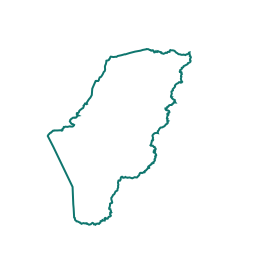 Chikwawa, Chikwawa, Malawi (Robinson projection), rotated 242°
{"feature_id": "42251766B28594103932184", "entity_name": "Chikwawa", "entity_type": "district", "adm_level": 2, "iso_a3": "MWI", "parent_name": "Malawi", "parent_adm1": "Chikwawa", "projection": "robinson", "projection_center": [34.783, -16.215], "detail": "fine", "context": "isolated", "style": "outline", "palette": "teal", "viewbox_px": 256, "rotation_deg": 242, "n_neighbors": 0, "source": "geoboundaries", "source_scale": "gbopen_adm2", "svg_char_len": 5806}
<svg xmlns="http://www.w3.org/2000/svg" viewBox="0 0 256 256"><g transform="rotate(242 128 128)"><path d="M146.1,53.2L102.0,51.4L86.4,43.9L82.4,42.2L74.2,38.4L73.5,38.8L71.9,38.2L71.3,38.2L70.0,38.9L69.7,38.8L69.1,39.7L67.9,40.5L67.2,41.2L66.6,41.2L66.1,41.7L65.3,41.9L65.0,43.9L64.1,45.0L63.3,46.9L63.0,47.0L62.7,46.7L62.0,47.5L60.9,48.2L60.5,49.9L60.9,51.6L60.9,52.1L60.1,52.7L59.6,52.9L59.0,52.7L58.7,53.3L57.9,53.7L58.0,54.4L58.4,55.0L58.0,55.6L57.8,56.6L57.0,57.2L56.9,57.5L57.5,58.4L57.4,59.1L58.6,60.1L58.1,61.2L58.8,62.3L58.6,62.5L58.1,62.5L57.2,64.0L58.0,64.7L58.0,65.1L58.2,65.3L58.7,65.4L59.1,65.1L59.3,65.5L59.2,65.9L58.0,66.6L57.5,67.4L58.6,69.2L58.3,70.8L58.5,71.6L58.8,71.8L59.8,71.6L60.5,71.7L61.1,72.7L61.2,73.3L61.8,72.9L62.2,73.8L62.5,74.0L63.7,74.0L64.6,74.3L65.0,73.7L65.5,73.4L65.8,73.7L66.3,73.9L66.8,74.7L68.3,75.9L69.6,76.6L69.7,77.0L69.4,78.4L69.4,78.8L69.8,79.2L72.8,79.8L74.1,80.4L74.9,82.1L75.8,83.2L76.0,84.8L77.8,87.2L77.8,89.2L78.0,89.5L79.1,90.1L80.2,91.5L81.6,92.0L82.4,92.9L84.3,93.4L85.9,94.7L86.1,95.0L85.8,95.8L85.3,96.1L85.3,96.4L86.2,97.5L87.3,98.1L87.8,98.8L87.9,99.3L87.7,100.0L87.4,100.2L86.6,100.2L86.3,100.4L85.9,101.6L86.0,102.7L85.4,102.9L84.8,103.8L84.4,104.0L83.6,106.2L81.6,108.1L81.4,110.9L80.5,112.0L80.1,112.8L80.2,113.2L80.5,113.6L81.1,115.7L82.2,116.8L82.3,117.3L82.6,117.6L82.4,118.5L81.9,118.9L81.6,119.3L81.5,120.6L81.7,121.2L81.2,121.5L81.1,121.9L82.2,122.9L82.1,124.2L82.5,124.7L82.7,125.7L83.2,126.5L82.8,127.7L82.8,128.0L83.3,128.2L84.3,127.7L84.5,128.0L85.0,131.8L85.6,132.1L85.7,132.4L85.1,133.9L85.9,134.2L85.9,134.9L86.7,136.4L87.1,136.8L87.7,136.6L88.0,136.8L88.4,137.3L88.9,138.4L90.2,138.6L90.4,138.9L90.3,139.7L90.8,140.2L92.0,140.3L92.7,140.1L93.9,140.3L94.3,139.3L94.8,139.3L95.2,139.8L95.0,141.2L95.4,141.4L96.1,141.0L96.2,142.4L96.6,142.7L97.6,142.6L98.4,142.3L98.8,142.5L99.1,141.9L99.6,141.9L100.2,141.6L100.7,141.6L101.6,139.9L102.2,139.7L103.1,141.2L103.7,141.4L104.2,142.1L105.4,142.9L105.5,143.0L105.3,143.9L105.7,144.6L106.4,144.4L107.5,145.5L109.6,145.9L110.1,146.4L110.7,147.9L110.9,149.1L110.2,151.2L109.5,152.0L110.2,152.1L110.6,152.6L111.2,152.9L111.4,153.8L112.5,155.2L112.7,156.0L113.1,156.7L113.1,157.0L112.5,158.4L112.4,159.1L112.6,159.8L112.4,160.6L112.8,162.1L113.4,162.9L113.3,163.9L113.5,164.8L113.8,165.1L113.9,165.6L114.9,165.6L115.2,166.0L115.3,166.8L116.1,166.2L116.8,166.4L117.4,167.3L117.7,167.2L118.1,166.9L118.4,166.9L118.7,167.3L119.2,167.6L119.7,168.2L120.4,168.7L120.6,169.8L120.8,169.9L121.7,169.2L121.9,169.2L122.3,170.2L122.2,171.5L122.5,172.0L123.4,172.2L123.8,172.2L124.8,171.5L124.9,171.1L125.5,170.6L126.1,170.5L126.3,170.0L127.5,170.1L128.1,169.5L127.4,171.1L127.4,171.9L128.2,172.6L127.9,173.3L128.1,174.1L128.5,174.3L128.7,175.0L128.6,175.8L127.8,177.4L128.4,178.2L128.3,179.3L128.6,179.8L128.8,180.8L128.7,181.2L128.3,181.8L129.0,181.7L129.2,181.8L129.5,181.3L129.8,182.1L130.2,182.0L130.9,182.4L131.7,181.6L133.3,180.9L134.5,180.7L134.7,181.2L135.1,180.7L135.4,180.6L136.5,181.4L136.9,182.0L137.9,182.9L138.7,183.0L139.8,183.5L139.9,183.9L140.1,185.3L141.2,185.6L142.2,188.5L142.5,189.0L143.5,189.4L144.0,190.7L144.2,191.9L144.1,193.2L144.5,194.6L144.0,195.3L143.4,195.6L143.0,196.7L143.3,197.5L143.6,197.5L144.1,196.7L144.7,197.3L146.7,197.8L148.2,199.2L148.7,199.0L148.9,199.1L149.8,199.8L150.3,200.9L150.8,200.9L151.3,200.7L152.0,201.4L152.3,201.3L153.1,200.1L153.7,200.3L153.9,201.0L154.6,201.2L154.7,202.4L155.1,203.5L155.9,203.8L155.7,205.3L156.4,206.0L156.5,206.7L156.4,207.4L156.4,210.5L156.5,210.8L157.1,211.3L156.9,213.2L157.2,214.2L157.9,214.8L158.8,214.6L159.2,215.0L159.7,215.1L160.9,216.7L161.9,216.8L162.2,216.4L162.5,216.3L163.2,216.8L165.2,217.4L165.8,217.8L165.9,217.1L165.2,216.2L165.2,215.1L165.6,214.2L165.4,213.0L166.1,212.3L166.3,211.9L166.7,211.6L166.8,211.0L167.6,209.4L168.5,208.7L169.5,207.2L170.9,206.7L171.8,206.0L174.3,205.3L175.4,204.2L176.6,202.1L176.9,202.0L176.9,201.6L176.3,201.0L176.2,200.5L175.8,200.3L176.4,199.3L176.3,199.0L176.5,198.6L176.0,197.6L176.8,196.6L176.7,196.4L176.8,194.3L178.4,192.6L179.0,193.0L179.3,192.9L181.3,190.7L181.9,190.5L181.9,190.0L181.4,189.6L181.4,189.3L182.3,188.6L182.6,188.6L182.3,187.7L183.1,187.2L182.8,186.7L183.9,186.6L184.3,186.4L184.3,186.5L184.9,186.5L185.4,185.6L185.3,184.9L185.7,184.5L186.4,184.3L186.7,183.8L188.0,183.0L189.0,181.4L188.9,181.2L190.0,177.7L190.4,175.4L192.1,170.2L193.4,164.8L194.3,160.1L194.6,159.8L195.4,156.2L196.3,153.1L196.4,152.7L196.2,151.3L196.8,150.3L197.5,148.4L199.1,146.3L199.0,145.9L197.6,144.1L197.7,143.9L197.0,142.9L197.2,141.6L197.6,140.6L197.5,140.4L196.4,139.8L194.7,138.3L194.0,137.3L193.0,136.4L190.3,135.2L189.2,134.2L188.8,132.8L187.3,130.9L186.0,128.6L185.8,127.9L186.0,126.8L185.8,126.6L184.6,125.2L183.9,124.6L183.5,123.8L184.3,122.1L184.6,122.0L184.7,121.5L179.5,114.9L174.1,111.5L172.4,108.9L172.1,107.9L171.4,106.4L170.1,104.1L169.3,103.0L168.5,103.1L168.5,102.6L168.9,102.4L169.1,102.7L169.5,102.5L169.3,101.8L169.7,101.4L169.3,100.9L169.1,100.3L168.5,99.7L168.5,99.2L167.9,99.1L166.8,97.9L166.7,97.4L166.8,96.7L166.5,95.6L166.5,94.9L166.1,93.4L165.9,92.9L165.1,92.2L164.8,91.5L165.1,89.8L164.5,89.4L164.0,89.8L163.6,89.2L162.3,90.1L162.4,89.8L162.3,88.7L161.7,87.6L161.6,87.1L162.0,86.5L161.8,86.2L161.9,85.8L162.4,85.4L162.9,84.4L162.7,83.4L162.8,82.5L162.5,81.7L162.3,80.9L161.7,80.5L161.3,79.8L160.9,79.7L159.8,80.0L158.9,79.9L157.8,80.4L157.3,81.1L156.0,81.9L155.7,81.6L155.3,80.3L155.4,79.4L156.3,77.9L156.8,77.4L157.4,75.1L158.6,73.3L158.6,72.2L159.0,71.8L158.9,71.6L158.3,71.3L157.8,69.5L157.6,69.2L157.0,69.3L156.7,68.8L156.7,68.3L157.6,67.5L159.2,64.0L160.4,61.9L160.5,61.5L160.4,61.2L160.8,60.7L160.8,60.2L160.4,59.2L160.3,58.1L160.0,57.7L160.2,56.9L159.7,55.6L159.5,54.7L158.6,53.4L146.1,53.2Z" fill="none" stroke="#0f766e" stroke-width="2"/></g></svg>